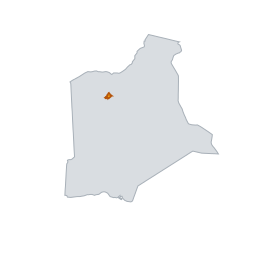 location of Baringo Central, Rift Valley, Kenya, rotated 58°
{"feature_id": "3690345B17833085529385", "entity_name": "Baringo Central", "entity_type": "district", "adm_level": 2, "iso_a3": "KEN", "parent_name": "Kenya", "parent_adm1": "Rift Valley", "projection": "albers", "projection_center": [35.755, 0.409], "detail": "fine", "context": "in_parent", "style": "filled", "palette": "amber", "viewbox_px": 256, "rotation_deg": 58, "n_neighbors": 0, "source": "geoboundaries", "source_scale": "gbopen_adm2", "svg_char_len": 3879}
<svg xmlns="http://www.w3.org/2000/svg" viewBox="0 0 256 256"><g transform="rotate(58 128 128)"><path d="M58.2,152.8L58.1,149.8L58.6,142.2L58.5,135.5L58.9,132.2L60.6,130.0L61.3,128.5L61.9,126.4L62.8,124.6L64.7,123.2L65.1,122.4L67.1,120.0L68.4,116.9L69.3,115.9L70.5,114.9L71.3,114.4L72.7,113.9L73.8,113.6L73.9,113.4L74.0,112.9L73.7,111.0L74.1,110.4L74.9,109.1L75.7,107.9L76.4,107.2L76.9,106.4L77.1,105.1L77.1,104.1L77.1,102.6L76.9,99.0L76.0,96.1L75.4,92.8L75.8,91.7L75.1,89.8L74.8,89.7L74.2,89.2L73.5,87.4L73.0,85.8L72.6,85.3L70.3,83.9L69.1,80.5L67.8,79.7L67.1,76.3L67.0,75.3L67.7,71.9L67.7,71.1L66.9,70.4L64.7,69.7L62.9,68.3L63.1,67.8L63.3,67.3L62.3,66.9L59.6,61.1L63.1,57.6L66.7,54.1L71.2,49.6L75.4,45.5L79.0,42.0L82.2,38.8L82.1,39.4L82.1,40.2L82.5,40.7L83.2,41.1L84.1,40.7L84.9,40.2L85.7,40.1L90.5,41.4L91.3,42.6L91.3,43.8L91.5,44.7L91.1,45.6L90.7,48.3L90.8,50.8L92.3,52.7L93.6,54.1L94.6,56.2L95.4,56.8L96.4,57.1L99.7,57.2L104.7,57.3L109.4,57.5L109.8,57.5L110.8,57.8L115.2,60.5L119.2,63.1L122.5,65.2L125.8,67.4L129.0,69.4L131.5,71.1L133.9,71.7L137.9,71.9L140.6,72.0L143.1,72.7L146.9,73.4L149.7,73.7L151.4,74.1L156.1,74.5L156.9,74.2L159.0,72.3L161.3,69.2L162.2,67.5L165.2,65.8L170.4,63.4L174.2,61.7L178.3,60.0L180.2,61.5L182.8,63.8L183.9,64.9L184.9,65.4L186.3,65.8L188.0,65.8L188.9,65.7L190.8,65.4L195.3,65.1L197.9,65.1L195.7,68.2L193.2,71.9L188.4,78.8L184.8,82.4L182.1,85.1L181.9,85.6L181.9,88.7L182.0,96.0L182.1,110.8L182.2,125.6L182.3,140.4L182.4,147.8L182.4,150.3L184.8,153.4L187.2,156.4L190.3,160.4L192.0,162.5L192.3,163.2L192.2,164.7L189.7,167.7L187.6,169.1L184.8,169.7L183.9,169.6L182.8,169.2L182.4,169.9L182.1,171.0L181.4,170.8L181.0,170.5L181.2,172.5L181.5,173.5L181.1,174.8L179.8,176.0L179.6,176.9L176.7,179.5L172.5,179.8L170.3,181.1L169.3,182.2L168.5,184.4L168.8,187.9L167.6,190.6L167.4,192.0L165.3,193.7L164.3,195.3L163.6,197.0L163.0,197.7L162.2,201.3L161.2,203.6L161.0,204.3L160.7,205.0L159.9,206.3L159.4,207.2L159.1,207.7L156.5,213.4L154.5,216.0L152.9,215.7L151.9,216.7L151.8,217.2L151.2,216.9L149.9,216.0L147.2,214.1L144.5,212.1L141.8,210.2L139.1,208.3L136.4,206.4L133.7,204.5L130.9,202.5L128.2,200.6L126.7,199.5L125.9,198.8L125.4,197.5L125.1,197.2L124.4,196.7L123.6,196.7L123.3,196.4L123.3,195.8L123.6,194.8L124.6,193.1L124.7,192.0L124.5,190.8L124.2,188.9L123.9,188.5L122.1,187.5L118.4,185.5L114.6,183.4L110.9,181.3L107.1,179.2L103.4,177.1L99.6,175.1L95.9,173.0L92.1,170.9L88.4,168.8L84.7,166.7L80.9,164.7L77.2,162.6L73.4,160.5L69.7,158.4L65.9,156.3L62.2,154.2L60.8,153.4L59.5,152.8L58.2,152.8ZM182.8,172.8L182.2,173.0L182.5,172.0L184.4,170.7L185.2,171.0L185.3,171.3L185.3,171.5L185.0,171.8L182.8,172.8Z" fill="#d9dde1" stroke="#a8b0b8" stroke-width="1"/><path d="M91.1,130.6L91.1,130.4L91.1,130.2L91.3,130.0L91.5,130.0L91.8,130.0L91.7,129.9L91.6,129.7L91.6,129.4L91.5,129.2L91.8,129.1L92.0,128.9L92.1,128.7L92.2,128.8L92.3,128.9L92.5,128.9L92.8,128.8L92.8,128.7L92.7,128.6L92.7,128.4L92.6,128.2L92.4,127.9L92.4,127.7L92.5,127.7L92.5,127.4L92.5,127.2L92.4,127.0L92.4,126.9L92.4,126.7L92.4,126.4L92.4,126.2L92.3,125.9L92.2,125.9L91.9,125.9L91.7,125.9L91.7,125.7L91.7,125.4L91.8,125.2L92.0,125.0L92.0,124.9L92.1,124.7L91.9,124.8L91.8,124.7L91.7,124.7L91.7,124.8L91.5,125.0L91.4,125.1L91.2,125.1L90.9,125.2L90.7,125.3L90.4,125.4L90.4,125.5L90.2,125.4L89.9,125.4L89.7,125.4L89.4,125.3L89.2,125.4L89.0,125.5L88.9,125.5L88.7,125.6L88.0,125.5L88.0,125.8L88.2,126.0L88.2,126.3L88.3,126.3L88.5,126.4L88.5,126.5L88.6,126.8L88.7,127.0L88.8,127.1L88.8,127.3L88.9,127.5L89.0,127.8L89.1,128.0L89.0,128.3L89.2,128.5L89.3,128.6L89.5,128.7L89.6,128.8L89.7,128.7L89.7,128.8L89.8,128.8L90.0,128.9L90.0,129.0L90.1,129.3L90.0,129.5L90.0,129.8L90.0,130.0L90.0,130.3L89.9,130.4L90.0,130.5L89.9,130.5L90.0,130.8L90.0,131.0L90.1,131.3L90.1,131.5L90.5,131.3L90.8,131.3L91.0,131.3L91.1,131.2L91.1,130.9L91.1,130.7L91.1,130.6Z" fill="#f59e0b" stroke="#b45309" stroke-width="1.5"/></g></svg>